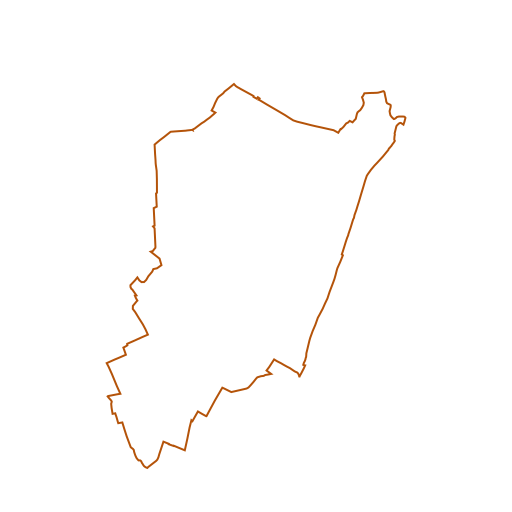 the district of Milisauti, Suceava, Romania, rotated 253°
{"feature_id": "2599482B30134171619265", "entity_name": "Milisauti", "entity_type": "district", "adm_level": 2, "iso_a3": "ROU", "parent_name": "Romania", "parent_adm1": "Suceava", "projection": "albers", "projection_center": [26.004, 47.784], "detail": "fine", "context": "isolated", "style": "outline", "palette": "amber", "viewbox_px": 512, "rotation_deg": 253, "n_neighbors": 0, "source": "geoboundaries", "source_scale": "gbopen_adm2", "svg_char_len": 4662}
<svg xmlns="http://www.w3.org/2000/svg" viewBox="0 0 512 512"><g transform="rotate(253 256 256)"><path d="M361.2,428.8L361.7,428.3L363.1,426.7L363.8,426.0L365.1,425.8L365.4,425.7L367.9,426.1L370.8,426.3L372.8,426.5L374.7,426.7L375.6,426.6L376.3,426.2L376.4,425.4L376.4,424.3L376.4,422.8L376.5,420.6L376.7,419.5L377.4,416.8L378.6,412.5L379.9,407.2L377.8,405.2L376.9,403.8L374.1,404.0L371.1,403.9L368.9,402.8L366.7,400.5L365.0,398.3L364.5,396.9L363.7,395.1L362.3,394.0L358.0,391.5L357.0,389.7L355.6,387.4L357.8,385.1L356.7,383.0L356.5,381.5L356.4,381.0L353.9,377.4L352.4,374.4L352.7,374.0L349.8,370.7L353.6,367.0L360.3,355.2L362.3,351.6L365.2,346.6L369.4,339.7L372.5,334.5L374.8,331.3L378.6,328.0L382.2,325.0L388.2,319.5L397.9,310.5L402.9,306.0L404.4,304.6L404.6,304.3L405.6,305.5L407.3,304.2L406.2,302.7L408.9,300.1L409.7,300.4L409.9,300.2L411.4,298.8L420.8,289.6L421.2,289.3L422.0,288.5L422.9,287.6L424.4,286.4L426.9,285.2L424.1,278.4L422.5,274.1L421.2,272.2L420.2,269.7L419.4,267.5L418.7,266.1L417.7,264.9L414.2,261.6L411.0,259.0L408.1,256.1L405.2,258.9L405.0,259.1L404.1,257.3L402.9,254.5L401.9,252.3L401.4,250.8L400.6,248.4L400.4,247.9L399.6,245.8L398.8,242.7L396.7,237.0L395.8,234.6L395.5,232.7L395.3,232.2L394.9,232.2L395.2,231.9L395.4,231.3L395.6,229.9L396.2,226.8L396.4,225.4L398.9,214.6L399.7,211.0L399.7,210.5L397.2,204.2L396.5,202.4L395.0,198.2L392.2,191.6L389.0,190.8L383.0,189.3L379.5,188.5L376.5,187.8L375.4,187.5L373.8,187.1L373.2,187.0L372.7,186.9L372.4,186.8L372.2,186.8L366.5,185.9L358.5,183.7L345.5,179.8L345.0,178.7L332.2,175.5L331.7,172.2L314.7,167.9L314.4,166.2L312.1,167.1L294.1,162.5L293.2,162.1L292.5,161.0L290.9,158.7L290.9,156.6L281.7,163.0L274.9,162.9L273.2,157.7L273.5,154.0L271.4,152.2L268.1,147.1L265.2,144.0L263.8,141.3L264.5,138.9L266.8,137.3L270.2,136.3L268.2,133.4L265.7,129.0L264.8,127.4L263.0,126.9L261.0,127.2L260.1,127.9L253.3,130.1L253.5,128.6L251.2,128.8L248.0,129.5L247.8,129.0L244.3,123.7L241.4,122.7L237.6,124.1L230.6,125.9L223.7,127.8L218.0,128.9L212.4,129.6L211.8,124.2L210.4,113.3L209.7,107.1L209.4,107.0L208.2,106.9L207.6,104.7L207.2,102.4L199.6,102.7L198.7,94.8L198.3,90.6L197.2,81.9L193.0,82.7L185.1,83.7L172.4,84.9L163.9,86.0L164.3,83.1L165.3,73.6L165.1,73.1L163.5,73.7L160.5,75.1L159.1,75.5L158.4,75.2L157.0,74.3L153.0,73.5L147.0,72.7L146.7,75.4L146.1,75.4L145.5,75.4L142.9,75.5L138.4,75.4L136.4,75.4L135.9,79.5L134.6,79.5L133.6,79.5L131.7,79.5L128.8,79.5L121.5,79.6L109.8,80.3L109.3,80.6L107.5,81.9L106.3,82.4L104.4,82.2L102.8,82.2L100.4,82.3L97.7,82.7L96.2,83.3L94.9,83.9L94.7,84.5L94.5,85.3L94.0,85.8L93.2,86.2L91.5,86.4L90.3,86.8L88.7,87.2L87.7,87.6L86.6,88.4L85.8,89.2L85.1,90.1L85.7,91.2L88.5,98.6L89.2,100.5L90.1,102.1L92.0,103.8L94.8,105.6L98.6,108.3L105.5,113.2L101.9,117.7L101.5,117.5L98.4,121.7L98.6,121.9L91.0,131.1L101.1,136.8L111.5,142.4L117.8,146.2L117.1,146.6L116.6,146.9L120.8,151.3L124.3,155.0L120.8,158.2L117.3,161.6L117.3,161.8L118.8,163.3L121.1,165.6L129.8,174.4L132.5,177.3L139.9,185.3L138.6,186.8L133.1,192.6L132.2,205.2L132.0,208.3L132.4,210.2L132.8,211.0L134.2,213.4L136.2,216.6L138.7,220.2L139.6,221.8L139.6,225.6L139.1,228.3L139.5,230.0L139.1,232.9L138.8,236.0L143.4,232.6L146.0,236.2L151.8,243.1L149.4,245.2L146.1,248.6L143.8,250.7L141.1,253.3L138.9,255.6L135.4,258.4L134.3,259.3L133.4,260.3L132.8,261.1L131.7,261.8L130.5,262.1L130.0,262.1L129.1,262.3L128.4,262.2L127.4,261.9L128.5,262.8L129.1,263.4L130.3,264.7L134.5,268.8L137.0,271.0L137.2,270.6L138.1,269.4L139.9,270.6L141.3,272.0L142.8,273.1L143.8,273.6L144.8,274.4L146.3,275.0L148.2,275.7L152.6,278.3L159.4,282.3L162.0,284.0L164.4,285.8L167.6,288.2L172.8,292.6L178.9,297.1L181.2,299.5L186.1,304.4L190.5,308.2L194.5,311.9L200.2,315.9L208.3,322.2L211.1,324.3L214.5,326.5L218.8,329.1L220.6,330.3L225.7,334.8L231.3,339.3L232.4,338.5L234.5,340.0L239.0,343.1L243.3,346.0L246.8,348.5L248.8,350.2L249.8,350.7L255.2,354.6L260.4,358.1L262.6,359.6L263.8,360.8L266.4,362.2L270.8,365.5L273.8,367.5L278.0,370.4L284.7,374.8L290.5,378.7L296.0,382.3L300.3,385.4L301.6,386.9L304.8,391.1L307.8,395.7L309.7,399.1L314.0,406.4L317.2,411.2L318.5,413.2L318.8,413.6L319.5,414.2L319.9,414.5L320.5,415.8L321.2,416.7L321.5,417.4L322.1,418.1L323.0,419.2L324.2,420.9L324.7,421.5L325.5,422.4L326.3,422.3L327.0,422.3L328.6,422.9L330.3,423.6L331.3,424.2L331.8,424.3L332.7,424.4L338.9,428.1L339.5,428.7L340.3,430.1L341.0,431.7L341.1,432.3L341.1,432.9L341.0,433.2L340.7,433.6L338.5,435.4L341.0,437.2L344.4,439.3L345.7,438.8L346.4,437.4L347.6,433.5L347.7,431.4L347.0,430.0L346.6,428.5L346.7,427.8L347.8,427.2L349.0,426.5L351.2,425.7L353.3,425.8L355.5,426.1L356.8,426.9L358.9,428.2L360.3,428.8L361.2,428.8Z" fill="none" stroke="#b45309" stroke-width="2"/></g></svg>